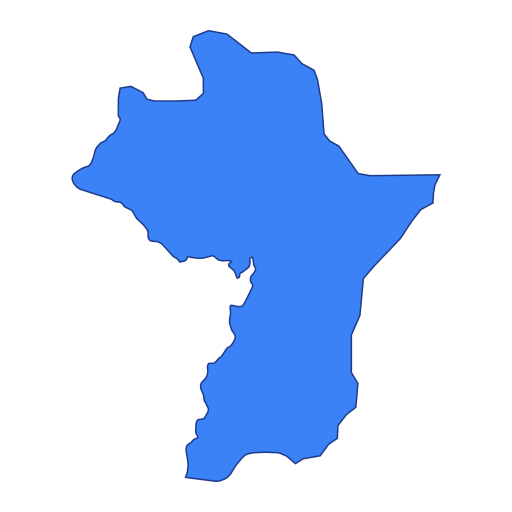 map outline of Kouroussa (orthographic projection)
{"feature_id": "GIN-5647", "entity_name": "Kouroussa", "entity_type": "Prefecture", "adm_level": 1, "iso_a3": "GIN", "parent_name": "Guinea", "parent_adm1": "", "projection": "orthographic", "projection_center": [-10.311, 10.531], "detail": "fine", "context": "isolated", "style": "filled", "palette": "blue", "viewbox_px": 512, "rotation_deg": 0, "n_neighbors": 0, "source": "natural_earth", "source_scale": "10m", "svg_char_len": 3325}
<svg xmlns="http://www.w3.org/2000/svg" viewBox="0 0 512 512"><path d="M295.4,463.6L286.6,456.1L279.8,453.1L277.6,452.7L264.7,452.2L252.9,452.8L249.1,453.6L246.3,454.5L245.4,455.1L244.6,455.6L241.7,458.3L235.7,465.6L230.6,473.9L228.2,476.6L226.8,477.8L224.7,479.0L220.5,480.7L218.0,481.2L215.9,481.3L185.6,477.4L187.4,471.9L188.1,465.8L188.0,462.4L186.1,450.7L186.2,448.2L186.5,446.5L187.1,445.5L187.9,444.6L188.8,443.9L191.1,442.5L193.1,440.1L194.1,439.3L196.7,438.3L197.8,437.3L197.7,436.5L197.2,435.5L196.5,434.5L196.0,433.3L195.7,431.3L196.1,423.5L196.8,421.2L197.8,419.8L199.2,419.5L202.2,419.1L203.5,418.7L204.4,418.0L207.6,412.6L208.2,410.8L208.4,409.1L208.1,407.9L206.9,405.7L206.0,403.4L204.6,401.3L204.2,400.1L203.6,395.6L203.2,394.3L201.0,389.1L200.6,386.6L200.7,385.1L200.8,384.2L201.3,383.1L202.5,381.5L204.5,379.6L205.6,378.3L207.0,375.7L207.5,373.7L207.7,371.6L207.5,366.2L208.0,364.5L208.8,363.4L210.0,363.3L212.5,363.4L213.6,363.2L214.7,362.6L215.6,361.9L216.5,361.1L217.2,360.2L217.9,359.2L218.7,358.4L221.4,356.5L226.6,348.7L227.5,347.7L229.8,346.6L231.1,345.4L232.5,343.5L234.7,339.6L235.2,337.5L235.2,335.8L234.7,334.6L233.4,332.6L232.7,331.7L231.5,329.6L230.4,325.7L229.9,324.5L229.6,322.7L229.5,320.3L230.6,313.2L230.5,310.9L230.2,309.3L230.1,307.0L230.5,305.8L231.5,305.2L236.5,306.4L239.5,306.6L241.1,306.5L242.6,305.7L244.3,303.5L252.1,287.8L252.7,285.5L252.4,284.2L251.6,283.3L250.9,282.1L250.4,280.6L250.5,278.0L251.0,276.5L252.1,275.0L253.5,273.4L255.4,270.4L255.6,268.7L255.2,267.4L254.5,266.4L254.0,265.4L253.7,264.4L252.8,257.8L251.9,257.1L249.8,258.3L250.0,262.2L249.3,266.4L247.8,268.0L242.3,272.2L240.6,273.0L239.7,273.8L239.7,275.6L239.3,277.3L237.2,278.1L236.7,277.1L234.9,272.3L234.0,270.6L229.0,266.3L228.6,264.2L231.5,261.5L228.3,260.5L222.0,260.8L218.4,259.9L216.0,258.1L214.4,256.5L212.4,255.7L203.5,258.0L201.5,258.2L196.9,258.1L190.2,257.2L187.7,256.4L187.0,258.6L185.9,260.2L184.2,261.2L182.0,261.5L180.0,262.1L176.8,258.4L175.6,257.8L173.1,256.3L162.2,244.2L160.7,243.1L159.1,242.3L157.4,241.6L152.2,241.2L150.9,240.9L149.8,240.2L149.0,239.3L148.3,237.8L148.0,236.2L148.1,233.9L148.1,232.0L147.5,230.3L146.0,228.0L143.0,224.4L137.1,218.9L136.3,217.9L133.2,212.3L132.2,211.0L131.2,210.0L125.3,207.2L124.2,206.3L121.9,203.3L120.7,202.5L119.3,202.1L115.9,201.8L114.6,201.4L113.5,200.8L111.6,199.3L80.0,189.2L77.0,187.1L75.0,185.0L73.4,182.7L72.5,180.5L72.1,178.2L72.6,176.1L73.8,173.9L79.9,169.6L83.2,167.9L85.6,166.9L88.3,166.3L89.9,164.9L91.4,162.6L93.5,157.1L95.2,150.4L95.9,148.8L97.0,147.0L100.3,143.4L100.9,142.8L103.2,141.9L104.6,141.1L105.9,140.0L107.7,137.7L109.9,135.4L112.0,134.1L113.2,133.6L114.7,132.1L116.3,129.6L119.9,121.0L120.3,119.0L118.3,115.9L118.4,98.4L120.1,88.1L131.1,86.4L143.2,92.8L147.0,99.3L154.6,101.0L176.5,101.0L195.8,100.2L203.4,93.3L203.3,78.2L190.0,47.0L193.3,36.7L208.5,30.7L227.0,34.1L251.3,53.0L277.4,52.1L294.1,55.0L301.9,63.7L314.0,70.2L317.5,79.6L321.8,104.2L324.0,133.8L329.7,141.0L338.9,146.1L347.5,158.4L358.2,173.6L370.2,175.7L439.9,174.8L434.9,184.9L433.5,192.9L432.9,203.0L420.8,209.6L412.3,220.5L400.3,238.6L374.7,265.4L363.4,278.5L359.9,315.4L351.4,334.9L351.4,372.6L357.9,383.4L355.8,407.3L346.5,414.5L338.0,425.4L337.3,438.4L328.7,444.2L320.2,455.8L303.1,458.8L295.4,463.6Z" fill="#3b82f6" stroke="#1e3a8a" stroke-width="1.5"/></svg>